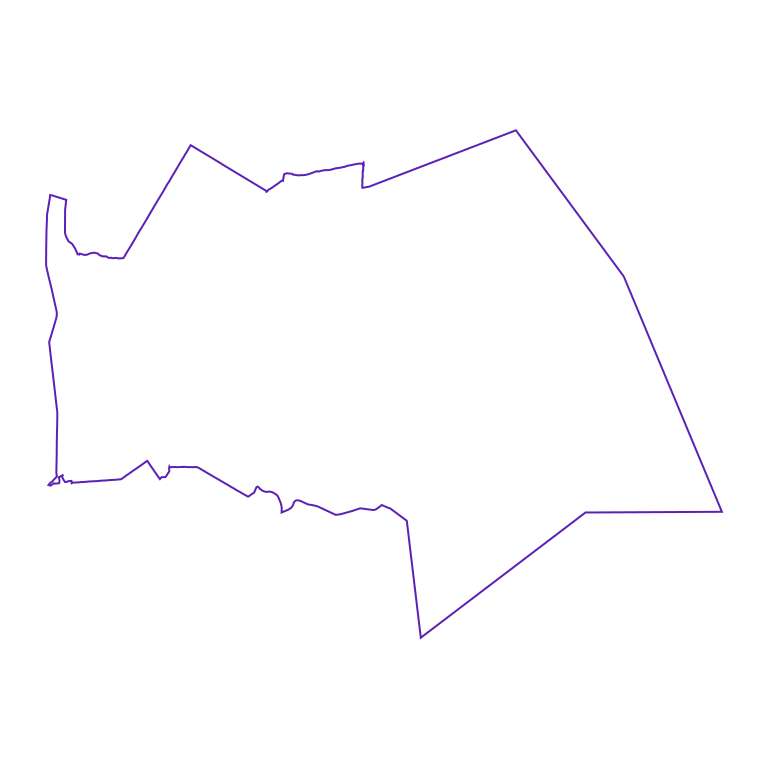 Waterland, Noord-Holland, Netherlands (Albers equal-area conic projection)
{"feature_id": "6326949B46441940402531", "entity_name": "Waterland", "entity_type": "district", "adm_level": 2, "iso_a3": "NLD", "parent_name": "Netherlands", "parent_adm1": "Noord-Holland", "projection": "albers", "projection_center": [4.995, 52.443], "detail": "fine", "context": "isolated", "style": "outline", "palette": "violet", "viewbox_px": 768, "rotation_deg": 0, "n_neighbors": 0, "source": "geoboundaries", "source_scale": "gbopen_adm2", "svg_char_len": 5702}
<svg xmlns="http://www.w3.org/2000/svg" viewBox="0 0 768 768"><path d="M515.9,130.3L369.0,186.7L362.4,187.8L362.3,187.4L362.3,186.9L362.3,186.1L362.2,185.9L362.3,185.1L362.4,183.9L362.3,181.6L362.3,181.4L362.4,181.0L362.4,180.9L362.4,180.7L362.3,180.1L362.4,179.8L362.4,179.6L362.4,178.4L362.5,178.3L362.5,178.2L362.8,177.7L362.7,177.4L362.7,176.5L362.8,175.9L362.7,175.2L362.7,173.5L362.7,173.1L362.8,171.4L362.8,171.0L363.0,171.0L363.1,170.3L363.2,169.8L363.1,169.4L363.1,169.2L363.2,168.6L363.2,168.1L363.2,167.4L363.3,166.8L363.2,166.4L363.1,166.1L363.1,165.4L363.8,165.4L363.6,163.3L363.5,162.6L363.3,162.8L363.2,163.0L362.8,163.5L362.7,163.5L362.1,163.7L361.8,163.7L359.1,163.6L355.3,164.2L353.3,164.7L349.7,165.4L347.4,165.8L344.7,166.8L342.5,167.2L341.0,167.6L335.8,168.3L331.2,169.6L329.9,169.9L328.4,170.1L325.3,170.1L322.1,170.6L319.3,171.4L318.3,171.6L317.0,171.2L316.7,171.2L309.5,173.9L305.6,174.9L303.5,175.1L300.5,175.2L298.0,175.4L297.6,175.2L296.2,175.1L294.1,174.7L293.8,174.8L292.9,174.6L292.3,173.8L286.6,173.3L284.1,174.3L283.1,179.8L283.0,180.8L281.8,180.7L281.6,180.8L279.7,182.2L277.9,183.6L277.1,184.2L273.8,186.4L272.3,187.5L270.2,188.8L268.6,189.7L266.1,192.4L266.5,191.0L265.0,190.1L226.3,166.8L221.7,164.0L221.4,163.7L190.7,145.2L189.0,148.0L186.7,152.0L185.7,153.6L184.7,155.0L184.5,155.6L182.0,159.7L180.3,162.5L174.5,172.4L172.3,176.0L168.9,181.9L166.7,185.0L166.6,185.5L163.5,190.9L160.7,195.6L158.1,199.8L150.7,212.3L150.6,212.5L148.9,215.4L144.9,222.2L140.7,229.1L139.5,231.0L138.6,232.5L137.9,233.7L137.6,234.3L136.2,236.8L130.9,245.8L126.2,253.4L125.5,254.5L125.3,255.1L124.1,257.0L123.5,258.0L122.9,258.2L120.6,258.3L118.0,258.4L116.7,257.9L116.4,257.9L114.5,258.1L112.0,258.1L110.9,257.7L109.7,257.9L108.9,257.9L107.8,257.4L106.5,256.4L104.8,256.4L103.9,256.3L102.7,256.5L101.8,255.9L99.6,255.3L98.0,253.6L94.4,252.7L93.8,252.7L89.7,253.5L87.3,254.6L86.7,254.7L85.3,254.9L84.6,255.0L79.8,253.6L79.4,254.3L79.3,254.5L78.8,254.3L77.6,254.3L77.5,254.1L76.8,252.3L75.2,248.8L74.6,247.7L74.0,246.8L72.5,244.4L72.2,244.1L71.9,243.7L70.0,242.4L68.8,241.5L68.7,241.4L68.3,240.9L66.2,236.8L65.8,235.8L65.3,234.1L65.2,233.6L65.0,232.5L65.0,228.7L65.1,212.8L65.1,209.8L65.2,209.0L65.5,206.5L65.6,205.6L65.8,203.3L66.3,199.9L59.5,197.7L52.1,195.4L50.2,195.0L49.7,198.8L47.3,213.1L47.0,215.2L46.9,215.8L47.0,217.9L46.8,223.1L46.5,230.0L46.2,248.5L46.1,262.9L46.1,265.2L47.0,269.7L48.8,277.5L50.8,285.6L51.7,289.3L52.4,292.4L56.2,309.5L56.6,311.2L56.8,313.0L56.8,314.7L56.7,316.0L56.5,317.0L56.3,318.1L53.3,328.3L51.1,335.7L49.5,340.9L49.2,341.8L49.2,342.4L51.5,362.8L53.0,374.9L54.1,384.8L55.6,397.6L56.2,403.1L56.8,408.0L57.2,411.6L57.3,412.6L57.3,415.0L57.3,416.2L57.2,424.4L57.0,431.4L56.9,435.5L56.9,437.2L56.8,441.7L56.7,454.9L56.5,465.1L56.4,469.9L56.3,472.6L56.8,475.5L56.2,477.3L53.5,480.0L52.6,481.2L49.9,483.2L49.4,483.9L48.5,485.0L50.6,485.6L50.9,485.3L52.6,484.2L54.0,483.3L54.2,483.5L54.3,483.6L59.0,483.3L59.1,483.2L59.5,481.0L59.5,480.5L59.4,479.9L59.3,479.1L59.2,478.6L59.1,478.3L59.1,478.2L58.6,477.3L59.2,477.0L59.3,477.0L60.2,476.5L62.7,475.2L62.8,475.4L61.9,476.1L62.2,477.1L62.5,477.7L62.9,478.6L63.5,479.6L63.7,480.0L64.0,480.4L65.0,482.0L65.6,482.1L66.4,482.0L66.9,481.8L67.7,481.4L68.2,481.3L68.8,481.1L69.5,481.0L69.9,481.0L70.2,481.1L71.5,480.9L71.7,483.2L72.5,482.8L72.8,482.7L75.2,482.5L79.5,482.3L80.2,482.2L80.8,482.1L83.9,482.0L89.0,481.5L93.3,481.3L94.2,481.2L96.9,481.1L97.8,481.0L99.3,480.9L99.5,480.8L102.0,480.7L102.8,480.5L105.4,480.5L105.9,480.4L108.2,480.2L110.0,480.1L111.8,480.0L112.0,480.0L112.1,479.9L112.5,479.9L114.4,479.9L114.9,479.8L115.6,479.7L118.0,479.6L118.9,479.4L120.9,479.3L121.1,479.2L121.3,479.0L122.3,478.4L123.7,477.4L124.1,477.1L127.0,475.0L127.9,474.4L128.3,474.2L128.7,473.9L129.5,473.3L130.1,472.9L130.5,472.5L132.0,471.6L132.3,471.2L133.3,470.6L134.6,469.7L135.0,469.5L135.5,469.1L136.0,468.8L137.6,467.7L138.2,467.2L139.5,466.3L140.9,465.4L142.5,464.2L144.1,463.1L144.4,462.8L145.8,461.8L147.3,460.9L153.1,469.4L158.4,477.0L159.9,479.1L161.0,477.8L161.6,477.3L161.8,477.1L164.8,477.2L165.3,477.1L165.6,476.9L165.8,476.6L166.9,475.0L167.9,473.4L168.7,472.3L169.1,471.6L169.3,471.3L169.3,471.0L169.2,470.1L169.1,468.3L169.1,467.8L169.4,466.6L169.5,466.8L169.5,467.1L172.0,467.2L172.4,466.9L174.2,467.1L175.4,467.0L177.9,467.2L178.9,467.1L180.2,466.9L180.7,467.0L180.8,467.0L182.7,467.0L183.0,467.0L183.0,466.9L183.3,466.9L183.5,466.8L183.9,466.8L187.8,467.1L193.8,467.1L194.2,467.1L194.9,467.0L196.4,467.1L196.8,467.1L198.5,467.7L199.8,468.5L208.7,473.8L213.3,476.5L214.2,477.0L215.9,478.0L217.3,478.8L219.0,479.8L220.1,480.4L221.7,481.4L223.5,482.4L225.3,483.5L226.6,484.2L230.8,486.7L231.6,487.2L235.2,489.2L236.1,489.9L238.3,491.1L238.6,491.3L238.8,491.4L238.9,491.5L239.6,491.8L242.6,493.6L248.0,496.6L248.6,496.3L248.9,496.3L249.2,496.0L250.3,495.2L251.1,494.6L252.9,493.4L253.6,493.0L254.0,492.7L254.4,492.0L256.4,487.3L256.7,487.0L257.1,486.8L257.7,486.6L258.6,487.3L259.8,488.7L262.2,490.6L263.2,491.0L265.2,491.7L267.1,491.9L269.0,491.6L270.3,491.7L271.5,492.0L272.7,492.4L273.7,492.9L276.8,495.0L277.7,496.1L278.5,497.6L280.0,501.3L280.7,502.9L281.3,505.3L281.6,507.0L281.7,508.0L281.7,509.9L281.6,512.5L288.5,509.6L291.3,507.7L292.9,505.4L293.9,502.4L294.9,501.3L295.7,500.6L296.3,500.4L296.9,500.3L298.0,500.3L299.3,500.6L300.9,501.1L302.3,501.8L308.0,504.4L311.8,505.0L317.1,506.2L321.1,508.0L335.8,514.9L340.7,514.2L352.5,510.9L360.1,508.3L372.3,509.9L373.7,510.0L375.4,509.6L376.8,508.8L378.8,507.3L380.1,506.4L381.7,505.0L388.9,508.1L389.8,508.2L394.5,511.6L406.8,520.8L420.8,637.7L585.5,512.5L721.9,511.8L666.0,377.8L623.8,276.5L515.9,130.3Z" fill="none" stroke="#5b21b6" stroke-width="2"/></svg>